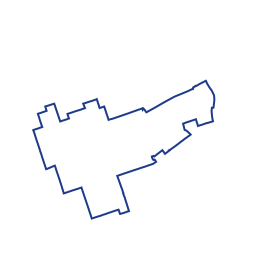 the district of Dabuleni, Dolj, Romania, rotated 233°
{"feature_id": "2599482B70911893179485", "entity_name": "Dabuleni", "entity_type": "district", "adm_level": 2, "iso_a3": "ROU", "parent_name": "Romania", "parent_adm1": "Dolj", "projection": "mercator", "projection_center": [24.129, 43.802], "detail": "fine", "context": "isolated", "style": "outline", "palette": "blue", "viewbox_px": 256, "rotation_deg": 233, "n_neighbors": 0, "source": "geoboundaries", "source_scale": "gbopen_adm2", "svg_char_len": 4970}
<svg xmlns="http://www.w3.org/2000/svg" viewBox="0 0 256 256"><g transform="rotate(233 128 128)"><path d="M168.7,120.0L169.8,120.4L169.8,120.1L170.1,119.4L170.2,119.1L170.3,118.8L170.3,118.6L170.5,118.1L170.6,117.8L170.7,117.5L170.7,117.4L170.8,117.1L170.9,116.9L171.0,116.7L171.1,116.2L171.3,115.6L171.5,115.1L171.7,114.6L171.9,113.9L172.4,112.7L172.8,111.5L173.2,110.2L174.1,107.6L174.4,106.9L173.7,106.7L172.2,106.3L169.7,105.6L170.0,104.8L170.2,104.3L170.5,103.4L171.1,101.3L173.0,96.1L174.1,92.7L175.7,88.1L173.5,87.3L171.1,86.6L171.8,84.3L172.0,83.6L172.4,82.7L174.0,77.8L191.8,83.7L192.0,83.2L192.3,82.5L192.4,82.1L192.8,81.0L194.1,77.2L194.8,75.4L195.0,74.9L193.2,74.2L192.3,73.9L190.7,73.3L191.0,72.4L191.5,70.7L192.0,69.2L192.6,67.3L193.6,64.6L192.3,64.1L191.6,63.9L190.3,63.5L189.3,63.1L187.4,62.4L185.1,61.6L183.8,61.2L182.4,60.7L180.4,60.1L181.8,55.8L181.8,55.7L182.6,53.5L182.6,53.4L182.7,53.1L183.0,52.2L183.3,51.6L183.4,51.1L183.1,50.9L182.9,51.0L182.3,50.8L179.6,49.9L177.4,49.1L174.3,48.0L171.9,47.2L171.5,47.1L171.0,46.9L169.4,46.4L167.9,45.9L166.8,45.5L165.7,45.1L164.6,44.8L164.0,44.6L162.8,44.1L160.4,43.3L159.1,42.9L158.5,42.7L156.7,42.0L156.1,41.8L153.7,41.0L152.5,40.6L150.8,40.0L150.2,39.8L148.6,39.3L147.5,38.9L146.3,38.5L145.9,38.4L145.7,38.3L145.3,38.1L144.4,37.8L144.3,38.0L144.0,38.9L143.9,39.3L143.7,40.1L143.4,41.3L143.4,41.5L143.0,42.9L142.9,43.4L142.8,44.0L142.6,44.5L142.5,44.8L142.5,45.1L142.3,45.8L142.0,46.9L140.9,46.6L139.2,46.0L138.1,45.6L136.4,45.0L135.9,44.8L135.6,44.8L135.0,44.6L134.3,44.3L134.0,44.2L131.7,43.5L131.0,43.2L130.2,43.0L129.5,42.8L129.3,42.7L128.2,42.3L127.8,42.2L127.7,42.1L127.2,42.0L126.9,41.9L126.4,41.7L126.1,41.6L125.8,41.5L125.6,41.4L125.3,41.3L124.5,41.0L124.1,40.9L123.4,40.7L123.2,40.6L122.2,40.2L121.3,39.9L120.9,39.8L119.7,39.3L118.9,39.0L117.3,38.5L116.3,38.1L116.0,38.0L115.5,37.8L114.9,37.6L114.7,37.5L114.4,37.4L114.0,38.5L111.4,46.5L109.7,51.2L108.5,55.0L86.3,47.6L77.5,44.6L77.0,46.1L75.7,49.9L74.4,53.4L74.3,53.8L73.7,55.8L72.9,58.0L72.2,60.2L71.5,62.5L69.3,69.0L68.6,71.1L68.5,71.3L68.0,71.2L64.2,69.9L64.0,70.2L63.4,71.8L62.7,73.6L62.5,74.5L62.2,75.1L61.6,77.2L61.3,77.9L61.1,78.4L61.0,78.8L62.5,79.3L66.5,80.7L75.8,84.0L76.0,83.9L76.9,84.2L78.8,84.8L78.7,85.1L80.3,85.6L82.8,86.5L84.4,86.9L87.2,87.8L92.4,89.4L96.2,90.6L93.9,97.8L93.4,99.2L93.1,100.1L92.7,101.2L92.6,101.6L90.7,107.3L89.2,111.6L88.3,114.4L86.8,118.6L85.8,121.9L84.4,126.0L84.2,127.5L84.2,128.2L84.1,130.1L86.0,130.2L86.3,130.2L86.4,130.3L86.5,130.3L86.7,130.2L86.7,129.8L86.7,129.7L86.8,129.5L87.1,129.4L87.3,129.2L87.5,129.1L87.8,128.9L88.7,129.1L89.5,129.4L90.3,129.6L90.9,129.9L90.6,130.7L90.3,131.6L89.9,131.7L89.4,131.9L89.4,132.4L89.5,134.5L89.5,135.8L89.5,136.3L89.5,136.7L89.5,137.2L89.6,142.1L88.3,142.0L87.7,142.1L85.1,142.0L85.1,147.6L85.5,147.5L85.3,148.8L85.2,148.8L85.2,149.7L85.2,150.5L85.2,152.1L85.1,153.7L85.1,154.7L85.1,157.5L85.1,159.5L85.1,160.5L85.2,162.7L85.1,164.1L85.2,167.0L85.1,168.3L85.1,169.7L85.1,171.0L85.0,171.4L85.0,174.1L85.4,174.1L86.6,173.9L87.7,173.7L89.2,173.4L90.3,173.2L91.2,172.8L92.4,172.1L98.3,174.6L97.9,175.9L97.5,177.5L97.1,178.6L95.9,182.1L94.1,187.5L92.9,187.0L91.4,186.5L90.9,186.3L89.9,186.0L87.5,185.1L87.2,186.1L85.7,190.1L85.5,191.0L85.3,191.5L85.1,192.3L85.0,192.6L84.9,192.7L84.8,193.0L84.6,193.5L84.5,193.9L84.4,194.2L84.3,194.3L84.2,194.5L84.0,195.0L83.9,195.2L83.8,195.7L83.7,195.8L83.6,196.0L83.4,196.5L82.2,199.9L85.6,201.5L85.9,201.7L87.6,202.7L91.2,204.9L93.7,207.2L92.8,208.5L95.3,210.9L95.5,211.1L95.9,211.5L98.6,214.0L102.0,216.2L102.8,216.5L105.4,217.0L105.6,217.0L105.9,217.1L107.8,217.4L111.6,217.5L115.9,217.9L118.8,218.6L118.9,218.0L119.2,216.8L119.7,213.7L119.8,213.1L120.0,212.0L120.1,211.2L120.5,208.0L120.5,207.9L120.7,207.5L120.7,207.3L120.7,207.2L120.9,207.1L121.0,207.1L121.0,206.9L121.0,206.7L120.9,206.4L120.9,206.2L121.0,205.8L121.1,205.6L121.2,205.4L121.2,205.2L121.0,204.8L121.1,204.7L121.1,204.4L121.0,204.2L120.9,204.1L120.7,204.0L120.4,203.9L120.2,203.7L120.1,203.4L120.0,203.2L120.3,202.8L120.4,202.7L120.5,202.4L120.8,201.0L121.1,199.5L121.2,198.9L121.3,198.5L121.5,197.5L121.6,197.3L121.8,196.4L122.0,195.7L123.4,190.2L123.9,188.3L124.6,185.8L125.0,184.1L125.5,181.0L126.8,172.1L127.4,167.3L127.6,165.5L127.8,163.8L128.3,160.2L129.2,154.0L129.3,153.0L129.5,152.1L130.5,152.1L132.3,152.2L132.9,152.2L134.1,152.0L133.7,150.8L134.3,151.0L135.1,151.4L135.5,149.8L136.3,147.3L137.2,144.5L137.7,142.9L138.4,140.7L139.0,138.8L139.6,136.7L140.0,135.7L140.2,134.8L140.4,134.4L141.6,130.7L142.1,129.1L143.8,124.0L144.5,121.8L144.9,120.7L145.4,119.6L146.0,118.0L146.2,117.4L146.7,117.6L155.6,120.6L159.5,121.9L159.9,120.8L160.3,119.3L161.0,117.4L161.3,117.5L161.5,117.5L162.1,117.7L162.5,117.8L162.9,118.0L163.0,118.0L163.3,118.1L163.6,118.3L163.8,118.4L164.3,118.5L164.6,118.6L165.1,118.8L165.8,119.0L166.2,119.1L166.4,119.2L166.5,119.3L167.0,119.4L167.8,119.7L168.2,119.9L168.7,120.0Z" fill="none" stroke="#1e3a8a" stroke-width="2"/></g></svg>